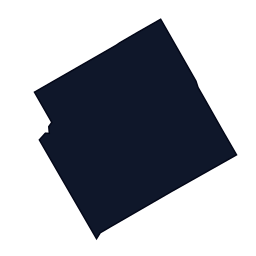 outline of Cleburne, Arkansas, United States of America, rotated 149°
{"feature_id": "52423323B35410834026832", "entity_name": "Cleburne", "entity_type": "district", "adm_level": 2, "iso_a3": "USA", "parent_name": "United States of America", "parent_adm1": "Arkansas", "projection": "albers", "projection_center": [-92.012, 35.535], "detail": "fine", "context": "isolated", "style": "filled", "palette": "ink", "viewbox_px": 256, "rotation_deg": 149, "n_neighbors": 0, "source": "geoboundaries", "source_scale": "gbopen_adm2", "svg_char_len": 407}
<svg xmlns="http://www.w3.org/2000/svg" viewBox="0 0 256 256"><g transform="rotate(149 128 128)"><path d="M95.4,205.0L189.7,206.9L190.4,172.1L195.2,170.0L198.2,163.9L201.5,166.1L210.1,163.5L210.7,128.5L212.0,49.3L205.8,52.5L194.8,52.4L124.3,51.2L48.8,49.1L48.3,78.3L47.4,112.6L47.1,126.8L45.6,133.2L44.0,204.4L69.7,205.0L91.2,205.3L95.4,205.0Z" fill="#0f172a" stroke="#020617" stroke-width="1.5"/></g></svg>